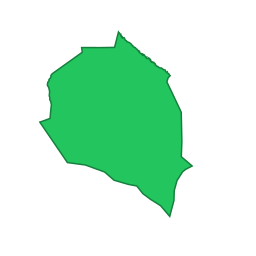 Cagaan-Ovoo, Dornod, Mongolia, rotated 225°
{"feature_id": "93677404B5837746679690", "entity_name": "Cagaan-Ovoo", "entity_type": "district", "adm_level": 2, "iso_a3": "MNG", "parent_name": "Mongolia", "parent_adm1": "Dornod", "projection": "natural_earth1", "projection_center": [113.488, 48.428], "detail": "fine", "context": "isolated", "style": "filled", "palette": "green", "viewbox_px": 256, "rotation_deg": 225, "n_neighbors": 0, "source": "geoboundaries", "source_scale": "gbopen_adm2", "svg_char_len": 4677}
<svg xmlns="http://www.w3.org/2000/svg" viewBox="0 0 256 256"><g transform="rotate(225 128 128)"><path d="M36.0,95.0L44.3,109.3L51.0,116.4L56.2,125.5L58.4,135.6L58.0,139.5L55.8,146.5L70.0,145.4L80.3,156.5L101.5,176.8L121.8,184.1L133.0,188.0L135.1,191.8L135.2,194.8L135.8,194.8L136.6,194.9L136.9,194.9L137.1,195.0L137.3,195.1L137.5,194.9L137.7,195.0L137.8,195.0L138.2,195.1L138.5,195.0L138.7,194.9L138.8,194.8L139.2,194.8L139.5,194.8L139.8,195.0L140.0,195.3L140.1,195.0L140.2,194.8L140.3,194.7L140.5,194.6L140.8,194.6L141.1,194.6L141.5,194.7L141.9,194.8L142.0,194.9L142.2,195.1L142.4,195.2L142.5,195.3L142.9,195.2L143.1,195.0L143.1,194.9L143.2,194.7L143.3,194.6L143.5,194.6L144.2,194.5L144.5,194.5L145.0,194.3L145.5,194.2L145.8,194.1L146.0,194.1L146.3,194.2L146.5,194.2L146.8,194.0L147.1,193.7L147.3,193.5L147.6,193.3L148.0,193.1L148.6,192.9L148.9,192.8L149.0,192.7L149.3,192.5L149.5,192.5L149.9,192.6L150.1,192.5L150.4,192.4L150.7,192.4L150.8,192.5L151.0,192.4L151.3,192.1L151.5,191.9L152.0,192.0L152.4,192.1L152.7,192.2L152.9,192.1L153.1,192.1L153.4,191.9L153.5,191.9L153.7,192.0L153.8,192.2L153.9,192.3L154.0,192.4L154.3,192.7L154.5,192.7L154.8,192.6L155.1,192.6L155.6,192.5L155.8,192.6L156.1,192.7L156.3,192.6L156.4,192.0L156.4,191.9L156.5,191.9L157.0,192.0L157.3,192.1L157.5,191.9L157.5,191.7L157.6,191.4L157.8,191.2L158.1,191.2L158.6,191.5L158.9,191.7L159.0,191.7L159.1,191.4L159.4,191.2L159.5,191.2L159.8,191.3L160.0,191.7L160.0,191.8L160.0,192.0L160.3,192.2L160.5,192.2L160.8,192.1L160.8,191.9L161.0,191.8L161.3,191.8L161.5,191.9L161.6,192.2L161.6,192.3L161.8,192.3L162.0,192.2L162.0,191.9L162.3,192.0L162.6,192.2L162.9,192.2L163.1,192.1L163.2,191.9L163.2,191.7L163.1,191.4L163.2,191.2L163.4,190.9L163.7,190.8L163.9,190.6L164.0,190.5L164.4,190.5L164.7,190.5L164.8,190.6L165.0,190.8L165.1,191.1L165.2,190.9L165.4,190.8L165.5,190.7L165.8,190.6L166.0,190.6L166.3,190.7L166.6,190.9L167.3,190.9L167.7,191.2L167.8,191.2L168.0,191.2L168.1,190.9L168.1,190.6L168.2,190.4L168.3,190.4L168.4,190.5L168.5,190.7L168.6,190.8L168.9,191.0L169.1,191.0L169.3,190.8L169.3,190.6L169.3,190.3L169.1,190.0L169.1,189.9L169.3,189.9L169.3,190.0L169.6,190.3L169.9,190.5L170.3,190.6L170.5,190.5L170.7,190.3L170.8,190.0L170.8,189.9L171.2,190.0L171.4,190.0L171.7,189.8L172.1,189.6L172.3,189.5L172.6,189.5L172.8,189.5L173.3,189.8L173.6,189.7L174.0,189.5L174.3,189.6L174.5,189.7L174.6,189.8L174.6,190.0L174.5,190.3L174.9,190.2L175.1,190.1L175.4,190.0L175.5,189.9L176.0,189.9L176.2,190.0L176.4,190.0L176.6,190.0L176.9,189.9L177.0,189.9L177.3,190.0L177.5,189.9L178.0,189.9L178.4,189.8L179.0,189.9L179.3,190.0L179.5,190.0L179.9,189.9L180.0,189.8L180.1,189.7L180.6,189.6L180.8,189.6L181.0,189.4L181.3,189.2L181.9,189.2L182.2,189.2L182.4,189.3L182.5,189.5L183.0,189.6L183.5,189.3L183.9,189.4L184.1,189.5L184.5,189.5L184.9,189.6L185.3,189.6L185.6,189.6L186.7,189.4L187.0,189.4L187.6,189.3L187.9,189.2L188.1,189.1L188.5,188.9L189.0,188.7L189.4,188.3L189.5,188.3L189.8,188.3L190.1,188.5L190.3,188.5L190.6,188.5L190.8,188.5L191.2,188.5L191.4,188.4L191.9,188.3L192.4,188.2L192.6,188.3L192.9,188.6L193.0,188.6L193.5,188.6L193.8,188.8L194.0,189.0L194.4,189.1L194.6,189.0L195.0,188.7L195.2,188.3L195.3,188.1L195.4,187.8L195.5,187.7L196.0,187.7L196.3,188.0L196.4,188.3L196.5,188.3L196.8,188.1L197.1,187.9L197.4,187.9L197.6,187.9L197.6,188.1L197.6,188.3L197.5,188.5L198.0,188.5L198.4,188.4L198.7,188.4L198.9,188.4L199.0,188.5L199.1,189.0L199.3,189.2L199.5,189.0L200.0,188.9L200.4,188.9L200.6,189.0L200.9,189.0L201.3,189.1L201.6,189.1L201.9,189.0L202.1,189.0L202.6,189.1L194.5,175.5L204.2,165.5L217.7,152.1L213.9,149.2L219.9,113.1L220.0,112.8L219.8,112.1L219.7,111.7L219.8,111.4L219.7,111.0L219.7,110.8L219.4,110.4L219.1,110.0L218.5,109.5L218.4,109.3L218.3,109.0L218.2,108.5L218.2,108.2L218.3,107.5L218.2,107.0L218.2,106.6L218.0,106.2L217.9,106.1L217.6,105.9L217.4,105.7L217.3,105.3L217.2,105.1L217.3,105.0L217.2,104.6L217.2,104.4L217.2,104.2L217.1,103.9L217.0,103.6L216.7,103.1L216.4,102.7L216.1,102.3L216.0,102.0L215.6,101.6L214.8,101.0L214.5,100.9L214.3,100.9L213.8,100.9L213.1,100.7L212.3,100.4L211.8,100.1L211.7,99.9L211.0,99.5L210.6,99.3L210.4,99.1L210.2,98.9L209.9,98.8L209.6,98.7L209.2,98.4L208.6,97.7L208.5,97.4L208.3,97.3L208.0,96.9L207.5,96.3L207.3,96.1L207.0,95.7L206.6,95.3L206.4,95.0L206.3,94.9L206.1,94.8L205.8,94.8L205.6,94.7L205.3,94.6L205.0,94.3L204.5,93.9L204.1,93.5L203.8,93.1L203.3,92.8L203.0,92.6L202.7,92.4L201.8,92.3L201.5,92.3L201.2,92.1L200.8,91.7L200.4,91.5L199.6,90.8L199.1,90.6L198.7,90.4L196.7,87.8L189.9,79.6L194.5,69.8L146.4,60.7L132.0,71.7L113.5,80.3L100.9,81.2L88.0,88.3L80.8,93.2L71.0,92.1L61.5,93.5L50.0,96.1L36.0,95.0Z" fill="#22c55e" stroke="#15803d" stroke-width="1.5"/></g></svg>